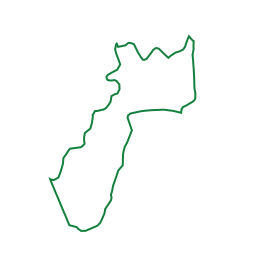 the district of Al Idia, North Kordufan, Sudan, rotated 341°
{"feature_id": "16777658B26107376384565", "entity_name": "Al Idia", "entity_type": "district", "adm_level": 2, "iso_a3": "SDN", "parent_name": "Sudan", "parent_adm1": "North Kordufan", "projection": "natural_earth1", "projection_center": [27.878, 11.926], "detail": "fine", "context": "isolated", "style": "outline", "palette": "green", "viewbox_px": 256, "rotation_deg": 341, "n_neighbors": 0, "source": "geoboundaries", "source_scale": "gbopen_adm2", "svg_char_len": 2160}
<svg xmlns="http://www.w3.org/2000/svg" viewBox="0 0 256 256"><g transform="rotate(341 128 128)"><path d="M40.9,200.8L41.0,200.9L47.2,205.0L48.0,207.0L50.1,210.0L54.3,211.4L58.7,211.1L63.8,210.7L67.2,210.4L70.6,208.8L73.0,206.5L78.0,201.0L80.0,197.3L81.8,195.9L88.2,191.0L89.8,188.5L90.0,186.2L90.4,185.2L92.5,182.4L95.1,177.7L96.2,176.4L96.8,175.6L99.8,171.8L105.0,165.0L110.9,161.5L114.8,151.1L116.6,148.0L118.9,144.7L122.4,141.5L130.9,131.5L131.0,117.9L132.2,116.1L134.9,115.1L145.3,116.3L148.4,116.9L152.1,117.8L156.0,118.8L167.7,122.3L176.1,126.4L183.2,130.9L184.8,127.6L187.0,126.0L189.0,125.9L191.9,125.4L197.3,124.3L199.8,123.4L201.3,121.8L203.1,116.7L203.6,112.9L205.0,108.0L206.7,102.8L208.6,96.1L209.4,93.4L210.4,89.5L211.2,86.7L212.7,80.5L213.0,79.5L214.0,77.9L215.8,74.5L216.5,72.1L218.4,67.2L217.7,66.5L215.5,61.1L212.6,64.3L210.5,66.9L208.4,69.8L205.9,71.6L205.6,71.8L202.0,72.3L197.4,72.2L191.6,73.7L189.0,74.8L186.6,70.3L182.9,62.9L180.8,61.6L179.7,61.6L178.5,62.0L177.2,62.4L173.9,64.8L170.4,67.1L168.6,68.4L168.3,68.6L165.6,68.9L164.3,68.2L163.4,65.7L162.1,60.3L161.4,54.8L160.9,50.9L160.6,50.4L160.1,50.0L158.0,48.4L157.1,48.0L156.0,47.7L152.5,49.0L149.2,48.6L145.1,48.1L144.8,44.6L144.0,45.1L141.4,49.5L141.1,54.0L141.3,61.1L141.3,65.4L136.7,69.4L130.2,70.4L126.1,71.3L124.2,72.7L124.0,74.1L124.4,76.0L125.6,76.8L127.8,77.7L130.9,78.3L132.5,80.0L134.0,84.0L132.6,88.6L129.3,91.9L126.6,91.8L122.8,92.4L120.0,97.6L117.0,99.9L115.0,101.3L113.0,102.2L110.9,102.5L109.0,102.3L106.5,102.1L103.9,101.8L102.2,101.2L100.1,103.3L98.9,104.1L98.7,104.6L98.6,105.5L98.4,105.9L96.9,108.8L95.7,111.2L92.2,116.3L88.6,117.6L85.6,118.7L83.5,122.4L82.4,125.6L81.8,128.8L79.2,130.2L77.1,130.8L66.3,128.7L62.8,131.2L60.9,132.8L57.2,135.3L54.9,140.5L50.3,147.1L46.1,152.2L40.6,153.1L37.8,151.1L37.7,151.0L37.7,151.4L37.7,151.5L37.8,153.4L38.1,157.9L38.2,159.5L38.3,160.3L38.4,162.5L38.4,162.8L38.6,166.3L38.7,167.1L39.1,172.5L39.1,172.9L39.4,178.3L39.8,183.9L40.0,187.1L40.3,190.6L40.4,193.0L40.5,193.7L40.5,194.7L40.5,194.8L40.6,195.6L40.6,196.0L40.7,197.6L40.8,198.3L40.8,199.2L40.9,200.6L40.9,200.8Z" fill="none" stroke="#15803d" stroke-width="2"/></g></svg>